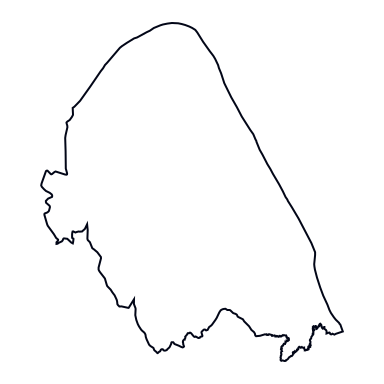 Bung Khla, Bueng Kan, Thailand
{"feature_id": "78962969B45700319590301", "entity_name": "Bung Khla", "entity_type": "district", "adm_level": 2, "iso_a3": "THA", "parent_name": "Thailand", "parent_adm1": "Bueng Kan", "projection": "equal_earth", "projection_center": [104.009, 18.247], "detail": "fine", "context": "isolated", "style": "outline", "palette": "ink", "viewbox_px": 384, "rotation_deg": 0, "n_neighbors": 0, "source": "geoboundaries", "source_scale": "gbopen_adm2", "svg_char_len": 5982}
<svg xmlns="http://www.w3.org/2000/svg" viewBox="0 0 384 384"><path d="M342.8,331.5L340.3,324.5L339.5,323.8L339.1,322.9L335.8,319.7L333.9,317.3L330.9,312.9L329.4,309.9L327.4,304.6L323.3,295.8L320.2,287.5L317.0,277.6L314.9,269.5L314.4,266.4L314.2,264.2L315.1,255.0L315.1,252.2L311.4,243.1L298.6,218.6L291.9,207.3L287.8,200.8L287.3,199.5L285.6,197.1L282.9,191.4L279.1,184.3L272.9,173.8L270.3,168.9L267.4,164.2L262.5,154.7L259.7,149.8L256.5,141.9L256.2,140.6L255.6,139.7L253.3,134.2L250.3,130.0L241.8,116.6L236.9,107.2L231.3,97.4L224.3,83.2L221.1,73.3L218.9,68.0L218.1,65.1L215.1,58.8L213.3,55.8L209.7,51.1L203.1,41.8L197.3,32.5L195.3,29.9L192.1,27.9L189.2,26.5L185.2,25.0L181.6,24.0L178.2,23.3L171.9,23.0L167.4,23.6L162.9,24.5L160.4,25.3L153.8,28.0L149.9,30.7L146.7,32.2L137.0,37.5L134.1,38.4L126.8,42.9L122.0,46.1L119.9,47.8L107.1,62.8L105.0,65.0L103.1,68.2L100.6,71.4L90.5,86.2L80.1,100.8L74.4,106.7L72.7,107.9L73.0,114.5L72.9,115.1L71.8,117.1L69.7,120.0L67.3,121.6L66.5,122.5L66.6,123.4L67.3,125.7L67.4,127.3L65.6,135.1L65.2,138.0L65.6,151.4L65.8,168.6L67.1,173.3L67.0,174.4L66.4,174.7L65.0,174.5L55.6,171.5L54.5,172.0L52.1,174.0L51.2,174.3L50.7,174.0L47.5,170.7L46.6,170.7L46.1,171.0L45.8,171.6L41.6,183.4L41.2,185.4L41.8,186.8L44.0,189.2L46.0,191.0L49.7,192.8L51.7,194.4L52.1,195.2L52.2,196.1L52.0,196.9L48.1,198.6L45.9,200.9L45.9,202.0L46.2,202.9L49.5,205.7L49.9,206.7L49.9,207.4L49.1,210.3L48.7,211.3L47.4,212.4L44.7,213.5L44.4,214.0L44.4,214.9L47.1,224.2L47.7,225.7L53.9,234.2L56.1,237.9L58.1,239.6L58.1,240.2L58.0,240.6L56.5,242.3L56.5,243.9L57.6,243.7L58.6,242.9L61.8,241.4L62.6,240.5L63.2,239.0L63.6,238.5L64.1,238.4L67.3,238.8L71.2,242.5L72.8,243.4L73.1,242.1L73.5,239.0L73.4,238.6L72.3,238.1L72.1,237.4L72.1,234.3L72.3,232.6L72.6,231.5L73.2,231.4L75.4,232.5L76.7,232.0L78.6,231.5L80.0,231.7L80.8,231.5L82.0,231.5L84.9,228.9L87.1,224.3L87.7,230.2L87.4,238.6L87.6,239.6L87.9,240.2L89.9,242.2L92.3,248.2L94.0,249.4L97.3,252.2L100.9,257.0L101.0,258.3L98.6,267.5L98.6,269.6L99.0,270.6L100.1,272.3L104.9,278.5L106.7,284.7L107.2,286.0L107.7,286.6L110.7,289.7L112.4,292.4L114.6,295.3L116.7,299.8L117.1,301.4L117.4,304.2L117.9,305.0L119.4,306.5L121.5,306.4L128.4,307.9L128.7,307.8L134.0,299.3L133.9,304.0L135.5,308.2L135.6,309.1L135.3,315.2L136.3,319.9L137.8,324.1L139.0,326.4L141.1,329.6L142.0,330.6L144.3,332.6L145.1,333.8L145.5,334.8L145.8,337.0L146.6,339.3L149.1,344.7L150.4,346.0L153.4,347.9L154.3,350.2L156.3,351.9L157.4,353.1L157.7,353.1L159.1,351.8L160.1,351.3L160.9,349.7L161.9,349.2L162.8,349.3L163.6,350.3L164.2,350.6L165.2,350.6L166.7,350.1L167.2,349.4L169.5,347.3L171.1,344.0L171.4,342.5L171.8,342.2L173.3,342.3L174.5,344.0L178.8,345.7L181.4,347.0L182.6,347.4L183.5,347.1L184.0,346.4L183.2,344.2L183.2,343.2L182.9,342.5L183.1,341.9L182.9,341.4L183.2,340.5L184.2,339.5L184.7,339.5L184.7,338.9L184.9,338.7L185.4,337.8L185.2,336.7L187.0,334.6L187.6,333.4L188.0,333.1L188.9,333.3L190.0,332.6L191.1,333.2L193.4,336.0L194.4,336.9L195.0,336.9L195.7,336.5L198.3,338.0L199.7,337.8L200.4,336.8L202.1,336.4L202.4,336.0L202.4,335.6L201.5,332.6L201.5,332.1L201.8,331.6L203.7,329.7L204.9,329.5L206.1,330.4L207.6,329.9L209.1,327.1L211.1,325.6L212.0,324.7L215.3,320.1L216.7,317.9L219.3,312.4L220.7,310.3L222.4,309.3L224.0,308.9L225.5,308.8L227.3,310.0L229.5,310.0L230.3,310.3L233.2,313.1L235.6,313.9L236.7,314.6L237.1,315.2L237.6,316.5L238.1,316.9L242.9,319.3L244.2,321.4L249.1,326.3L251.4,329.9L254.0,332.1L254.9,333.6L255.3,335.5L256.1,336.2L260.0,335.8L265.0,334.3L266.2,334.6L266.7,334.3L267.1,335.0L268.4,334.9L269.0,334.2L271.9,335.0L271.8,335.6L272.0,335.9L274.7,335.4L274.9,335.6L275.3,336.5L276.4,336.0L276.9,336.5L277.5,336.1L278.5,336.8L278.8,336.8L279.4,335.9L280.7,336.5L281.0,336.0L281.6,336.2L282.2,335.6L282.6,335.6L282.7,335.2L282.9,335.1L283.1,335.4L284.8,335.2L285.8,335.8L286.2,335.6L286.8,337.0L286.6,337.5L286.9,337.9L287.4,338.2L287.7,337.8L288.6,338.1L288.9,338.8L288.9,340.1L288.0,340.8L287.6,340.5L287.2,340.9L286.6,340.6L286.5,341.5L285.9,341.8L285.5,341.7L285.6,342.8L285.1,343.2L285.0,343.9L283.8,343.8L283.4,344.6L283.2,345.4L282.8,345.4L282.5,345.9L282.1,346.0L281.3,347.1L281.5,347.7L281.2,348.5L281.4,348.6L281.6,348.2L281.8,348.3L281.2,349.3L281.6,349.5L281.4,350.1L282.0,351.2L281.4,351.5L281.1,352.3L281.1,353.3L281.3,353.5L281.4,354.7L281.0,355.3L281.1,355.7L280.8,356.0L280.8,356.8L280.5,357.4L280.9,358.3L280.6,359.1L280.7,360.3L281.3,360.8L282.4,360.4L284.6,361.0L285.5,360.9L286.0,360.6L286.1,360.1L286.9,359.8L288.0,358.9L289.1,357.3L289.9,356.9L291.0,356.0L291.7,356.1L292.6,355.2L293.1,354.0L292.9,352.9L293.4,352.8L293.1,352.4L293.2,352.1L293.7,352.2L294.0,351.9L294.2,352.2L294.5,351.8L294.6,352.3L294.9,351.9L295.3,352.0L295.5,351.5L296.3,351.3L296.3,351.0L296.9,350.5L297.0,349.5L297.4,349.3L297.8,349.7L298.3,349.2L298.4,347.6L299.2,346.8L299.5,346.8L299.8,347.3L300.4,347.3L300.8,347.7L301.8,347.0L302.3,347.6L303.1,347.6L303.6,347.9L304.1,347.7L304.1,348.7L304.9,349.5L304.8,350.4L305.6,350.4L306.1,350.0L307.0,350.0L307.3,349.3L307.6,349.0L308.3,349.5L308.5,349.4L308.7,349.0L308.2,348.0L308.3,347.0L309.4,347.3L310.2,347.0L310.2,346.6L309.5,346.3L309.3,345.6L310.7,345.3L310.7,345.1L310.0,344.8L309.8,344.2L309.8,343.9L310.4,343.2L310.4,342.6L310.4,341.4L309.9,340.6L309.9,340.0L310.3,339.2L311.1,338.6L311.4,336.8L312.5,335.4L312.6,334.7L313.2,334.5L313.3,334.2L312.7,333.6L312.8,333.2L313.4,332.9L313.4,331.6L313.0,331.0L313.0,330.5L314.0,330.4L314.3,330.1L314.3,329.5L313.7,328.8L313.0,329.4L312.7,328.9L313.0,327.9L312.8,327.0L313.5,326.2L314.7,326.9L315.4,326.0L315.8,326.0L316.2,326.8L316.2,328.8L316.6,329.0L317.5,328.0L318.6,325.9L319.0,325.7L319.4,326.1L319.6,325.9L319.3,324.6L320.0,323.8L320.3,323.7L321.3,324.9L321.3,325.7L321.8,326.5L321.8,327.5L322.7,328.6L323.4,328.2L324.1,327.0L324.4,327.0L324.4,327.9L324.1,328.7L325.9,329.9L326.6,331.2L326.5,333.5L329.3,332.5L329.7,332.7L330.2,333.9L331.1,334.4L331.6,334.3L332.4,333.7L334.4,334.6L335.9,333.8L342.8,331.5Z" fill="none" stroke="#020617" stroke-width="2"/></svg>